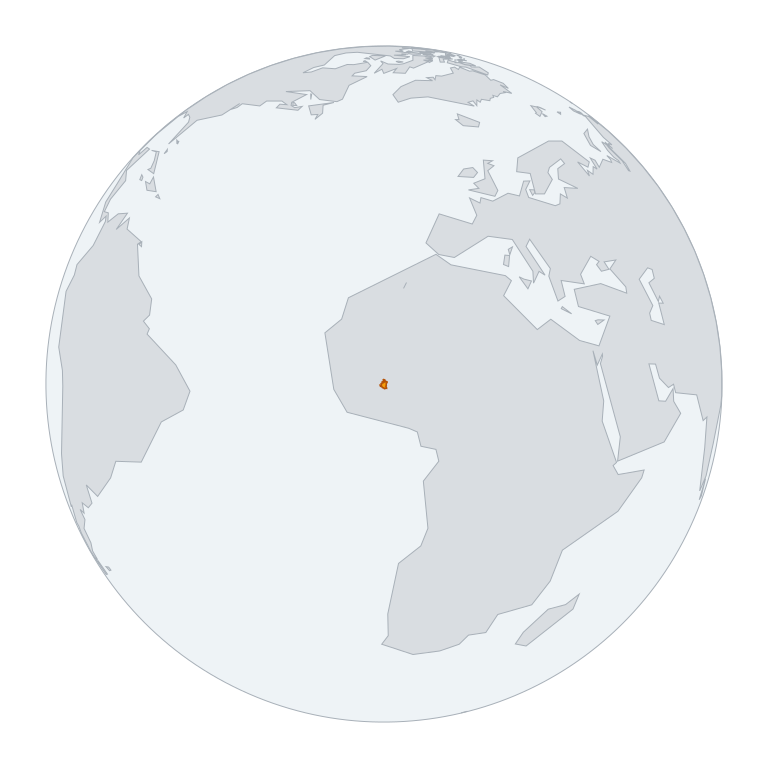 the Earth from above Houet, rotated 25°
{"feature_id": "BFA-2799", "entity_name": "Houet", "entity_type": "Province", "adm_level": 1, "iso_a3": "BFA", "parent_name": "Burkina Faso", "parent_adm1": "", "projection": "orthographic", "projection_center": [-4.316, 11.385], "detail": "fine", "context": "on_globe", "style": "filled", "palette": "amber", "viewbox_px": 768, "rotation_deg": 25, "n_neighbors": 0, "source": "natural_earth", "source_scale": "10m", "svg_char_len": 10363}
<svg xmlns="http://www.w3.org/2000/svg" viewBox="0 0 768 768"><g transform="rotate(25 384 384)"><circle cx="384" cy="384" r="338" fill="#eef3f6" stroke="#a8b0b8"/><path d="M290.4,59.3L290.2,59.4L258.2,71.8L264.6,69.6L256.5,74.5L260.8,74.2L253.6,77.6L263.3,74.6L269.0,71.7L275.1,69.6L278.2,69.5L269.6,73.4L266.8,74.1L265.9,75.2L260.3,77.4L264.8,76.3L254.0,81.8L269.1,76.4L264.3,80.9L255.9,84.6L251.1,84.0L219.7,94.6L209.7,100.0L200.5,107.2L195.1,120.1L186.5,126.9L179.0,136.2L186.3,131.9L194.8,123.4L206.6,118.9L215.6,110.0L221.7,107.3L233.3,99.3L237.5,101.1L235.5,107.6L226.1,114.7L224.9,118.2L238.8,112.5L226.1,128.1L226.0,143.4L222.0,148.0L205.4,153.4L193.0,149.4L171.5,160.4L191.5,154.4L181.3,167.7L182.1,170.8L186.3,171.3L192.5,167.0L190.3,172.3L169.7,179.2L171.4,174.4L177.9,171.9L171.9,170.7L158.0,177.2L153.9,184.5L137.1,189.9L134.0,195.5L128.6,200.4L134.7,190.8L123.4,208.7L103.1,224.0L87.3,257.5L96.2,229.3L95.3,224.3L92.8,222.3L90.0,227.6L90.5,220.3L84.4,228.5L72.3,253.7L64.3,275.3L64.7,280.0L69.3,269.7L72.2,270.2L60.4,299.3L63.9,308.9L58.0,332.1L57.7,346.0L61.8,345.4L65.3,354.0L71.2,342.1L79.3,337.6L76.0,357.1L83.1,341.1L85.7,352.2L103.8,357.6L101.5,361.5L116.2,389.6L137.5,405.1L142.4,420.6L139.4,428.7L148.0,433.1L148.2,438.9L187.2,454.7L211.2,472.5L213.0,492.4L198.2,512.5L197.0,557.4L173.6,567.4L175.9,584.6L172.0,606.9L156.8,601.3L169.7,615.4L168.3,621.1L160.7,619.2L166.8,627.8L161.6,626.1L170.3,633.3L173.2,641.7L185.5,651.8L190.4,658.4L198.7,664.3L196.5,663.2L197.0,664.2L200.9,667.0L188.9,659.5L172.6,646.9L167.5,641.8L164.2,639.5L151.9,625.4L152.6,627.5L132.1,602.9L121.2,583.5L93.8,521.7L86.8,507.6L73.6,488.0L56.7,434.4L57.3,416.1L55.3,405.5L61.9,381.4L62.8,354.4L61.2,349.3L57.9,357.7L54.9,336.7L57.5,315.5L60.9,285.1L68.7,262.5L78.1,240.4L89.1,219.1L101.5,198.6L115.3,179.0L130.5,160.5L147.0,143.1L164.7,126.9L183.5,112.0L203.3,98.5L224.0,86.4L245.5,75.8L267.7,66.7L290.4,59.3ZM82.0,268.5L86.4,290.7L79.4,289.4L81.5,287.0L81.4,278.7L79.5,269.8L74.6,270.5L82.0,268.5ZM94.2,252.7L93.1,250.4L94.8,251.3L94.2,252.7ZM230.1,99.0L231.6,99.2L228.7,100.5L230.1,99.0ZM233.7,95.6L229.2,97.1L230.2,95.8L233.0,94.9L233.7,95.6ZM239.0,94.2L232.7,93.3L234.6,91.1L246.7,86.0L239.0,94.2ZM269.5,70.9L263.5,74.0L265.6,71.7L269.5,70.9ZM269.3,70.0L267.1,67.8L277.4,63.8L276.1,65.0L287.2,60.8L293.3,59.9L288.6,62.0L280.7,64.5L289.1,62.4L269.3,70.0ZM277.8,68.7L276.4,68.3L285.3,64.7L289.6,64.9L285.4,65.9L277.8,68.7ZM287.1,60.5L294.4,58.3L301.5,56.8L305.3,55.9L294.4,59.6L287.1,60.5ZM284.9,66.7L291.6,65.3L290.3,67.0L279.7,68.9L284.9,66.7ZM285.7,63.8L290.1,62.3L289.1,63.1L285.7,63.8ZM289.1,73.6L287.3,72.5L291.7,70.4L289.1,73.6ZM294.2,64.7L294.7,64.1L296.2,63.4L300.2,62.9L294.2,64.7ZM300.1,58.6L301.5,58.6L304.9,56.9L310.3,56.3L302.0,59.1L307.9,57.6L309.5,57.5L300.9,60.0L300.1,58.6ZM309.0,60.4L300.4,64.6L302.8,66.7L298.9,68.5L295.7,64.8L309.0,60.4ZM305.0,59.8L306.6,60.5L300.9,62.0L296.4,62.5L305.0,59.8ZM316.9,55.1L310.8,55.3L312.8,54.8L316.9,55.1ZM310.8,60.6L312.8,59.6L311.6,60.6L310.8,60.6ZM316.3,56.3L313.8,56.3L316.2,55.6L316.3,56.3ZM319.0,58.0L316.2,59.2L313.0,59.4L319.0,58.0ZM318.6,56.9L322.5,56.1L313.5,58.8L317.2,57.0L318.6,56.9ZM318.9,55.7L319.5,55.3L319.6,55.8L318.9,55.7ZM332.7,56.9L322.2,60.3L315.1,60.5L326.3,57.1L332.7,56.9ZM212.7,674.0L191.8,661.6L201.8,667.7L199.2,664.8L213.7,673.2L212.7,674.0ZM209.2,667.0L211.8,666.3L215.2,668.1L214.2,669.2L209.2,667.0ZM695.1,252.1L698.3,261.2L707.6,299.2L714.7,331.1L715.3,347.5L701.6,306.2L690.6,277.4L688.7,282.3L672.0,261.7L652.0,268.6L646.5,261.8L643.3,267.0L631.2,262.3L621.7,251.2L615.6,253.8L640.2,283.1L646.5,280.6L647.9,266.0L653.9,277.3L665.3,285.2L662.4,318.1L628.3,355.2L620.5,332.0L571.5,274.0L570.4,266.6L570.0,265.8L569.2,264.5L569.3,276.7L559.3,265.5L590.3,306.5L597.4,325.4L627.9,356.8L626.1,361.1L634.5,367.1L656.1,352.0L657.2,360.1L649.8,400.5L615.9,459.2L617.9,492.4L611.2,521.7L584.5,544.8L581.3,566.2L566.7,575.9L562.1,588.1L547.3,602.4L524.6,616.9L491.9,620.8L494.2,610.3L484.6,590.8L473.0,540.5L485.8,515.2L484.8,496.2L460.7,455.4L466.3,430.8L458.7,421.3L443.8,424.8L434.5,413.4L425.0,413.7L362.5,425.2L340.8,410.1L308.8,362.6L318.2,343.1L315.3,320.9L376.3,244.5L394.3,247.7L448.2,234.5L455.8,236.5L455.1,253.4L499.9,269.9L507.8,254.8L542.9,261.9L562.7,258.6L560.0,227.0L527.5,231.6L516.4,217.8L538.0,201.4L565.6,199.1L562.1,193.8L540.1,184.2L541.7,173.6L531.9,180.3L539.4,185.0L533.4,189.9L526.2,186.0L527.1,182.0L517.4,180.9L515.8,201.5L523.2,208.6L500.8,215.3L511.1,228.1L506.6,235.3L487.8,216.6L486.0,209.1L454.8,191.2L454.6,199.3L484.0,217.3L476.9,216.4L476.9,229.4L471.3,218.9L439.2,198.8L415.9,206.1L394.3,239.6L378.9,243.5L362.4,238.4L362.1,206.5L396.4,201.7L396.8,191.9L382.9,179.2L394.5,179.4L393.1,174.1L405.3,172.3L415.8,158.7L427.3,156.3L424.8,141.1L430.4,138.3L430.2,147.8L436.3,153.8L463.9,150.0L467.3,146.4L463.5,137.2L471.6,138.0L464.3,129.8L477.0,124.8L455.5,124.5L450.5,115.4L454.5,107.9L449.0,105.3L442.4,117.8L443.2,123.1L450.1,127.5L449.1,143.9L441.0,147.7L427.5,131.4L414.5,135.5L409.7,122.5L430.5,94.2L442.5,88.6L476.2,96.0L477.2,101.3L465.6,100.9L482.3,108.7L478.1,104.4L484.8,105.6L481.7,98.6L486.3,99.2L475.4,92.0L480.7,92.0L487.5,96.6L487.4,87.8L496.7,87.0L494.4,84.8L489.4,82.8L504.5,84.0L502.1,82.4L496.3,81.3L487.9,77.8L478.9,72.4L484.6,73.1L488.6,75.1L505.6,81.1L515.5,87.3L516.9,87.1L509.7,82.0L488.9,74.6L481.9,71.3L491.7,74.0L487.6,72.7L485.9,71.3L489.5,70.9L478.7,67.8L452.2,55.8L456.6,55.0L468.3,58.0L455.8,53.8L456.6,54.0L480.6,60.2L504.0,68.1L526.9,77.8L548.9,89.0L570.1,101.9L590.2,116.3L609.3,132.1L627.1,149.3L643.7,167.8L658.8,187.4L672.5,208.0L684.6,229.6L695.1,252.1ZM361.5,282.5L361.3,289.1L361.5,282.5ZM599.3,213.4L612.9,211.7L598.8,194.5L602.9,192.8L596.6,188.0L597.8,193.3L581.3,180.3L584.3,174.0L578.6,166.9L573.8,167.3L571.0,181.2L594.5,199.3L594.8,207.5L599.3,213.4ZM104.4,357.5L106.2,362.0L103.0,361.1L104.4,357.5ZM76.0,296.7L78.1,298.4L78.4,302.0L76.3,302.0L76.0,296.7ZM99.1,307.7L102.5,310.8L97.9,310.9L99.1,307.7ZM87.6,293.8L96.2,306.0L87.3,308.6L82.3,301.3L87.1,301.6L87.6,293.8ZM88.5,262.9L89.2,265.0L87.4,268.2L88.5,262.9ZM95.5,253.5L94.8,253.5L95.5,250.3L95.5,253.5ZM182.5,167.3L184.1,166.9L187.2,168.5L183.6,170.0L182.5,167.3ZM213.9,164.5L209.6,173.3L210.1,167.7L204.3,170.8L198.2,163.8L219.7,150.0L211.0,157.1L213.9,164.5ZM196.0,151.9L197.4,157.1L195.0,152.1L196.0,151.9ZM373.0,150.3L379.4,152.8L377.9,158.9L363.4,164.6L365.3,155.5L373.0,150.3ZM388.8,155.3L379.4,139.1L388.0,135.8L384.8,140.2L391.4,139.7L387.9,146.8L405.4,160.5L405.2,167.0L378.5,172.4L387.3,166.6L380.5,164.1L388.8,155.3ZM340.2,112.7L336.3,108.2L360.1,106.5L361.0,111.1L346.6,116.4L337.1,114.1L340.2,112.7ZM261.5,86.4L258.5,86.6L260.8,85.2L265.4,84.0L261.5,86.4ZM287.9,73.2L277.3,85.2L273.3,85.7L272.0,93.4L260.8,98.0L262.1,92.7L252.5,102.6L249.1,99.6L243.8,106.5L247.7,94.1L244.4,92.6L252.4,92.3L262.7,87.9L266.2,85.6L273.4,78.4L271.3,74.1L281.2,70.0L288.7,68.3L290.8,68.6L283.7,71.0L291.5,69.8L282.8,73.7L287.9,73.2ZM371.8,63.5L362.8,63.8L377.0,66.6L368.4,68.5L370.6,68.8L366.5,71.6L365.4,75.8L360.7,76.4L362.3,77.9L359.6,80.2L360.2,82.5L352.0,84.8L352.1,88.0L348.1,87.3L350.5,92.5L345.0,89.8L341.1,93.2L348.4,94.0L302.5,105.2L287.5,113.6L277.8,122.6L269.8,118.0L273.7,107.3L284.2,95.4L299.8,88.6L293.3,88.3L298.9,85.2L301.7,86.7L300.7,82.6L306.1,80.6L315.4,73.0L310.7,69.5L314.0,67.0L318.5,67.5L318.7,64.9L329.4,64.3L332.0,62.7L345.2,61.1L352.4,63.6L354.7,61.8L364.9,61.1L371.8,63.5ZM336.4,56.5L347.0,57.9L347.4,60.1L324.3,62.2L320.4,63.7L305.6,66.1L305.2,63.2L309.5,62.7L313.6,61.6L312.1,62.9L316.3,61.0L322.3,60.4L327.3,59.0L329.3,59.7L336.4,56.5ZM461.2,229.7L466.5,229.8L474.1,228.3L474.2,236.9L461.2,229.7ZM439.1,216.1L443.5,214.5L447.3,224.9L441.8,225.2L439.1,216.1ZM442.5,205.4L443.4,213.7L439.7,209.4L442.5,205.4ZM433.9,146.3L438.1,144.6L439.8,146.7L439.0,150.2L433.9,146.3ZM412.2,75.6L406.9,74.6L407.4,73.7L399.5,69.7L405.2,68.4L412.2,70.4L412.2,75.6ZM556.4,233.0L552.6,239.7L548.7,237.3L550.8,235.4L556.4,233.0ZM512.9,238.5L524.4,241.1L512.8,240.8L512.9,238.5ZM417.1,73.6L413.2,72.0L418.5,72.4L417.1,73.6ZM409.0,67.4L414.7,67.5L405.0,67.9L409.0,67.4ZM597.9,645.3L594.7,648.1L592.8,649.5L597.9,645.3ZM650.4,508.1L623.5,561.4L612.9,564.1L615.2,550.1L628.0,518.7L641.8,507.2L649.7,491.9L650.4,508.1ZM715.4,333.8L718.9,351.3L718.6,355.7L715.4,333.8ZM460.7,67.0L465.3,73.3L472.4,78.5L482.4,81.7L470.3,80.5L459.3,72.5L460.7,67.0ZM452.7,56.7L443.9,55.0L446.3,54.7L448.6,55.1L452.7,56.7ZM448.4,56.4L440.4,56.4L434.6,54.8L442.0,55.0L448.4,56.4ZM429.2,63.1L430.1,64.9L425.8,64.3L429.2,63.1ZM436.4,50.2L434.7,49.9L433.3,49.7L436.4,50.2Z" fill="#d9dde1" stroke="#a8b0b8" stroke-width="1"/><path d="M381.9,380.0L382.1,380.0L382.1,379.9L382.1,380.0L382.4,380.0L382.5,380.0L382.9,379.9L383.0,379.9L383.1,380.0L383.1,380.4L383.3,380.4L383.3,380.5L383.2,380.8L383.2,381.1L383.2,381.3L383.0,381.7L383.0,381.8L383.1,382.0L383.3,382.0L383.5,381.9L383.8,382.0L384.0,381.9L384.2,381.6L384.2,381.4L384.3,381.4L384.4,381.0L384.6,380.8L384.9,380.8L385.0,380.8L385.3,380.7L385.6,380.7L385.7,380.8L385.8,380.8L386.0,380.8L386.1,381.0L386.1,381.3L386.1,381.2L386.1,381.4L386.0,381.5L386.1,381.9L385.9,382.5L385.9,382.9L386.0,383.1L386.2,383.4L386.3,383.5L386.4,383.8L386.5,384.0L386.7,384.3L386.5,385.1L386.5,385.3L386.8,385.4L387.0,385.4L387.2,385.7L387.3,385.8L387.4,386.0L387.6,386.0L387.9,386.4L388.0,386.4L388.1,386.6L387.9,386.6L387.8,386.8L387.8,387.0L387.7,387.1L387.4,387.2L387.4,387.3L387.2,387.3L386.9,387.5L386.7,387.7L386.7,387.8L386.6,388.0L386.4,388.1L386.2,388.1L385.8,387.9L385.6,387.9L385.4,387.6L385.2,387.6L384.8,387.7L384.7,387.8L384.3,388.0L384.2,388.0L384.1,387.9L383.7,387.8L383.5,387.7L383.4,387.6L383.3,387.2L383.2,387.1L382.9,387.0L382.6,387.1L382.4,387.2L382.3,387.3L382.0,387.6L381.9,387.6L381.7,387.5L381.5,387.4L381.4,387.3L381.3,387.1L381.2,387.0L381.3,387.0L381.3,386.8L381.5,386.7L381.4,386.5L381.4,386.4L381.6,386.2L381.8,386.1L382.0,386.1L382.1,385.9L382.1,385.7L381.9,385.5L381.8,385.4L381.4,385.0L381.3,384.9L381.2,384.8L381.3,384.7L381.4,384.4L381.5,384.1L381.6,383.9L382.0,383.6L382.1,383.8L382.3,383.8L382.5,383.7L382.6,383.4L382.7,383.2L382.5,382.8L382.4,382.7L382.4,382.4L382.4,382.2L382.2,382.1L381.9,382.1L382.0,382.0L382.0,381.9L382.2,381.7L382.2,381.3L382.2,381.0L382.2,380.8L382.1,380.5L382.1,380.4L381.8,380.2L381.7,380.2L381.8,380.0L381.9,380.0Z" fill="#f59e0b" stroke="#b45309" stroke-width="1.5"/></g></svg>